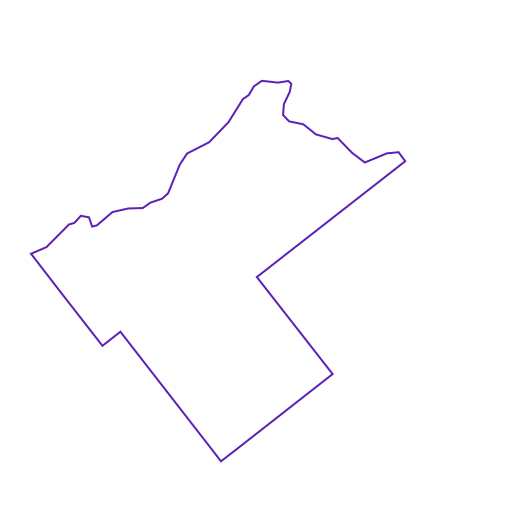 Mercer, North Dakota, United States of America (Natural Earth projection), rotated 322°
{"feature_id": "52423323B83406409622886", "entity_name": "Mercer", "entity_type": "district", "adm_level": 2, "iso_a3": "USA", "parent_name": "United States of America", "parent_adm1": "North Dakota", "projection": "natural_earth1", "projection_center": [-101.73, 47.278], "detail": "fine", "context": "isolated", "style": "outline", "palette": "violet", "viewbox_px": 512, "rotation_deg": 322, "n_neighbors": 0, "source": "geoboundaries", "source_scale": "gbopen_adm2", "svg_char_len": 738}
<svg xmlns="http://www.w3.org/2000/svg" viewBox="0 0 512 512"><g transform="rotate(322 256 256)"><path d="M120.0,396.3L243.7,396.2L243.7,273.1L431.9,273.2L432.3,262.0L422.3,255.7L399.3,249.3L395.2,233.7L393.0,213.3L388.2,210.9L378.1,197.1L374.4,181.4L365.0,170.3L364.1,161.6L371.5,153.5L383.7,147.4L389.8,142.1L389.2,138.0L380.2,133.0L368.5,121.6L358.8,121.0L349.4,124.7L342.3,124.3L316.7,133.6L289.2,137.5L264.8,132.8L252.1,137.1L225.3,152.5L217.2,153.0L205.5,148.9L196.3,148.5L184.6,139.9L170.0,133.0L149.4,133.9L145.0,131.9L148.2,122.7L142.7,116.5L133.2,118.1L128.0,116.0L96.4,120.0L80.1,115.7L79.8,160.4L79.7,232.2L102.5,232.2L102.3,313.6L102.1,382.5L102.0,396.2L120.0,396.3Z" fill="none" stroke="#5b21b6" stroke-width="2"/></g></svg>